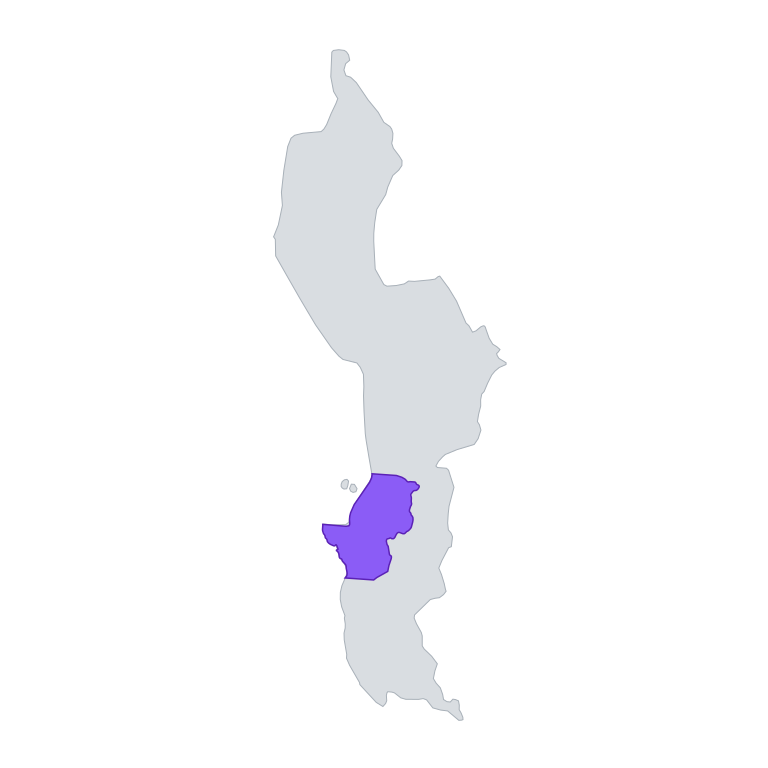 Malawi, with Nkhata Bay highlighted, rotated 184°
{"feature_id": "MWI-1901", "entity_name": "Nkhata Bay", "entity_type": "District", "adm_level": 1, "iso_a3": "MWI", "parent_name": "Malawi", "parent_adm1": "", "projection": "robinson", "projection_center": [34.193, -11.585], "detail": "fine", "context": "in_parent", "style": "filled", "palette": "violet", "viewbox_px": 768, "rotation_deg": 184, "n_neighbors": 0, "source": "natural_earth", "source_scale": "10m", "svg_char_len": 5107}
<svg xmlns="http://www.w3.org/2000/svg" viewBox="0 0 768 768"><g transform="rotate(184 384 384)"><path d="M303.4,448.1L299.3,441.9L296.0,443.4L291.4,447.8L289.0,449.0L287.7,448.8L286.9,447.7L285.8,445.0L282.3,437.0L278.3,431.3L274.1,429.1L270.7,426.5L272.2,424.0L273.8,422.2L273.1,420.3L271.2,417.6L263.7,413.7L263.6,412.0L270.2,408.5L274.3,404.5L277.1,400.6L280.7,392.0L283.6,383.5L285.8,380.8L286.5,375.1L286.0,368.7L287.5,360.6L288.2,353.0L286.0,350.0L284.1,344.8L286.3,336.0L289.8,330.0L306.4,323.7L317.9,318.0L320.4,315.5L324.3,310.6L326.5,305.8L324.9,304.4L315.8,304.3L313.6,302.5L307.0,285.8L310.6,266.6L310.9,259.1L310.8,249.7L309.6,242.9L306.8,240.1L305.0,236.4L305.5,226.4L308.1,225.2L313.9,212.0L316.5,204.2L313.4,198.0L310.0,189.1L308.4,183.5L307.6,181.6L309.9,178.1L313.8,174.7L318.2,173.8L322.8,172.2L337.4,155.8L337.6,152.6L334.9,147.1L329.5,138.8L328.3,135.4L327.6,125.4L325.4,122.4L317.4,115.7L311.3,108.6L313.2,101.4L314.2,93.6L311.2,89.3L306.6,84.8L303.8,78.3L302.6,73.4L299.0,71.5L295.7,71.4L293.3,74.4L290.7,74.2L287.6,73.1L286.5,68.9L286.3,64.4L284.2,61.3L282.1,57.0L281.8,54.7L283.1,54.1L285.9,53.7L297.7,62.3L304.8,62.7L312.7,64.3L319.5,71.9L323.0,72.9L327.5,71.8L340.3,71.0L345.4,72.1L352.0,76.6L354.6,77.2L358.8,77.3L359.5,76.2L359.9,73.5L359.2,68.2L360.1,65.4L362.6,62.2L369.6,65.9L387.1,82.4L387.6,84.5L398.7,101.0L402.3,107.9L402.3,111.6L405.8,125.9L406.5,132.7L405.7,137.8L405.9,141.9L407.2,147.7L406.8,150.2L410.7,158.8L412.6,166.0L413.0,173.0L411.9,179.9L408.4,189.9L407.8,193.9L408.6,197.6L410.8,201.6L414.6,205.9L417.5,211.1L419.4,217.2L421.0,219.9L423.0,219.9L426.8,220.8L429.8,224.3L433.2,230.3L434.4,237.2L434.9,240.1L425.0,239.9L412.4,241.0L409.4,243.7L408.4,249.7L404.5,262.0L402.3,266.5L397.7,274.8L391.2,286.4L389.8,290.2L390.0,294.1L393.9,309.9L397.9,326.6L399.2,333.1L402.0,355.2L403.6,370.8L403.9,380.0L405.2,392.3L408.8,398.9L412.5,403.1L426.6,405.6L430.9,408.6L438.9,416.5L456.3,438.1L465.9,451.9L474.3,464.1L489.4,486.7L501.0,504.2L502.5,520.7L504.4,523.1L500.5,535.3L497.8,555.0L499.7,568.1L498.8,590.4L496.6,614.2L493.9,622.7L490.5,625.9L482.3,628.5L464.3,631.4L461.7,634.2L459.3,638.8L455.7,649.8L451.4,660.8L450.0,665.6L450.9,666.7L454.7,672.3L458.5,686.7L459.2,711.4L457.8,713.2L452.5,714.3L446.8,714.0L444.5,712.6L442.3,709.8L440.8,704.6L444.6,700.9L445.9,694.5L443.5,688.9L438.7,687.7L432.6,682.7L419.6,666.2L408.7,654.6L402.4,645.0L396.0,641.2L394.1,638.8L392.6,634.7L392.5,628.9L393.1,624.6L391.1,619.8L384.6,612.3L381.6,608.1L381.4,603.2L384.2,598.4L389.8,592.6L394.0,580.7L395.5,573.1L403.4,557.7L404.5,544.4L404.7,533.7L404.2,525.7L402.2,509.3L400.8,498.0L391.1,483.2L387.9,481.8L378.6,483.1L370.7,485.3L366.7,488.4L360.8,488.5L345.2,491.1L340.3,492.2L337.5,494.9L335.9,495.5L326.1,484.0L317.4,471.7L306.5,450.6L303.4,448.1ZM416.9,285.6L414.3,286.3L412.6,284.7L413.0,280.2L413.9,276.9L416.6,276.4L418.4,277.3L419.6,278.8L419.7,281.2L418.9,283.7L416.9,285.6ZM411.1,277.3L409.6,281.8L406.5,281.8L403.6,277.7L404.5,274.6L407.3,273.7L409.8,274.8L411.1,277.3Z" fill="#d9dde1" stroke="#a8b0b8" stroke-width="1"/><path d="M409.3,187.8L407.8,190.0L407.5,192.1L407.8,193.9L408.8,197.4L409.0,199.5L409.6,201.0L413.1,204.4L413.5,205.3L413.8,206.0L414.1,206.5L415.5,206.9L416.1,207.4L416.5,208.1L416.7,208.8L417.0,210.8L417.6,212.4L418.6,213.7L419.8,214.4L419.8,215.0L419.4,215.3L418.7,215.8L418.3,216.1L419.9,219.6L420.4,220.2L420.9,220.2L421.8,219.2L422.4,219.0L423.0,219.1L426.3,220.3L428.1,221.4L429.5,222.8L430.0,224.6L430.3,225.2L431.8,226.5L432.4,228.8L433.1,229.7L433.8,230.4L434.1,231.0L434.3,231.5L434.6,232.3L435.0,233.3L435.2,234.6L435.2,239.0L435.3,239.7L411.8,239.4L409.2,240.1L408.5,241.2L408.5,242.8L409.0,246.5L408.9,249.9L408.3,253.3L405.3,261.7L399.5,271.4L391.5,285.0L389.9,289.3L389.5,293.2L389.6,293.6L365.2,293.6L359.7,292.2L356.6,290.7L355.6,289.9L354.0,288.3L353.3,288.1L352.6,288.0L351.2,288.4L346.7,288.4L346.1,288.3L345.6,287.9L345.2,287.4L344.9,286.8L344.5,286.3L344.1,286.0L342.8,285.6L342.2,285.2L341.8,284.7L341.7,284.0L341.9,283.2L342.6,281.8L343.4,280.9L344.1,280.3L344.8,280.0L345.6,279.9L346.5,279.7L347.2,279.3L347.8,278.6L349.3,276.3L349.6,275.5L349.4,274.5L349.1,273.7L348.8,272.6L348.7,271.4L348.7,269.7L348.6,268.4L348.1,266.4L348.2,265.6L348.4,264.9L349.0,263.7L349.4,262.0L349.8,260.4L349.8,259.0L349.5,258.3L348.5,257.3L348.2,256.8L348.0,256.2L347.9,255.6L347.7,255.2L346.6,254.1L346.2,253.4L345.8,252.6L345.7,251.7L345.6,250.8L345.6,249.8L345.8,248.0L346.7,243.3L347.0,242.4L347.6,241.5L348.7,240.1L349.5,239.3L350.2,238.8L350.7,238.6L351.1,238.3L352.7,236.5L353.3,236.1L353.9,236.0L354.5,236.0L354.9,236.0L357.9,236.9L358.4,237.0L359.0,237.0L359.7,236.7L360.3,236.3L360.9,235.4L361.5,234.2L362.4,231.9L363.1,230.9L363.9,230.3L365.0,230.2L365.4,230.2L365.8,230.4L366.6,230.8L367.0,230.9L367.3,230.8L368.3,230.2L369.7,229.8L370.3,229.4L370.6,228.7L370.7,227.3L369.8,224.1L368.8,222.8L368.5,222.3L366.7,214.5L366.3,213.9L365.8,213.5L364.7,212.8L364.5,211.8L364.6,210.3L366.4,203.4L367.2,197.3L377.6,190.5L380.6,187.8L409.0,187.8L409.3,187.8L409.3,187.8Z" fill="#8b5cf6" stroke="#5b21b6" stroke-width="1.5"/></g></svg>